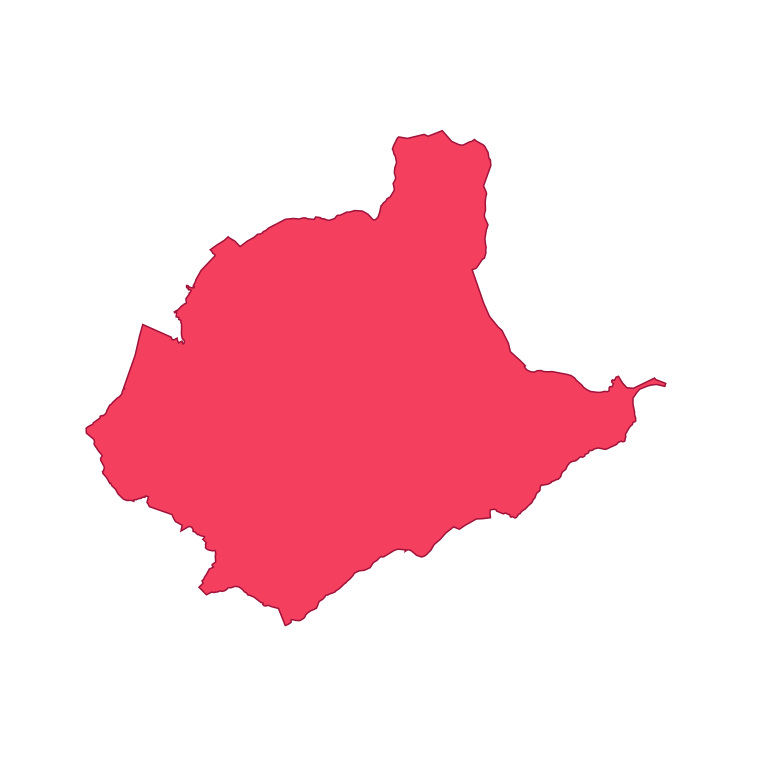 Targu Ocna, Bacau, Romania (Natural Earth projection), rotated 200°
{"feature_id": "2599482B20348732028695", "entity_name": "Targu Ocna", "entity_type": "district", "adm_level": 2, "iso_a3": "ROU", "parent_name": "Romania", "parent_adm1": "Bacau", "projection": "natural_earth1", "projection_center": [26.604, 46.281], "detail": "fine", "context": "isolated", "style": "filled", "palette": "rose", "viewbox_px": 768, "rotation_deg": 200, "n_neighbors": 0, "source": "geoboundaries", "source_scale": "gbopen_adm2", "svg_char_len": 6171}
<svg xmlns="http://www.w3.org/2000/svg" viewBox="0 0 768 768"><g transform="rotate(200 384 384)"><path d="M455.6,619.5L456.5,611.2L456.4,607.5L454.8,605.9L453.4,603.6L451.3,601.9L448.2,596.9L447.9,595.8L447.8,590.9L447.0,587.7L446.3,585.6L443.9,582.4L443.3,580.4L444.0,575.5L441.2,571.1L440.7,569.2L442.2,561.7L444.4,559.4L445.0,556.2L446.4,554.2L447.0,551.8L447.7,550.7L446.8,543.6L446.7,539.3L447.2,537.5L448.5,535.2L449.7,534.7L450.9,534.9L457.2,538.1L463.5,539.1L470.8,537.0L475.4,533.7L477.9,532.7L482.8,527.7L485.1,526.8L486.0,525.8L486.9,522.7L491.2,519.2L493.6,518.6L497.2,518.7L498.9,518.0L500.8,518.6L505.3,517.6L505.9,514.8L512.6,513.0L514.4,513.3L517.2,512.2L520.1,510.0L525.7,508.6L532.9,505.1L545.7,491.2L547.6,487.8L549.6,485.9L549.8,484.7L551.3,482.8L554.0,481.5L556.1,477.6L561.5,471.3L566.2,463.9L573.1,467.3L579.3,468.4L580.8,469.0L583.3,464.2L588.3,457.9L593.2,450.7L591.2,449.8L589.6,448.3L587.4,447.7L586.6,446.8L594.7,428.2L596.4,417.8L596.3,415.0L596.8,411.1L596.8,410.7L595.5,410.6L595.4,410.0L595.9,409.1L598.7,408.5L600.4,408.6L601.9,409.4L603.2,409.0L602.5,407.2L601.7,406.9L600.7,407.2L600.2,405.8L599.7,405.6L598.5,406.3L597.1,405.7L597.4,403.9L598.2,402.7L597.9,401.6L599.3,396.3L597.6,392.9L597.6,392.0L599.1,390.8L599.7,389.5L600.7,388.5L603.1,382.7L603.6,382.6L605.7,380.1L605.2,379.4L603.5,380.7L602.3,376.0L599.5,376.4L599.0,374.4L596.7,374.4L596.0,372.5L594.6,370.8L591.3,361.3L589.1,357.7L587.1,356.9L585.9,355.4L585.9,353.7L586.7,352.9L588.5,355.2L591.1,352.4L592.9,354.2L594.1,356.3L596.7,353.5L598.1,353.2L600.0,355.2L631.0,357.4L630.1,345.1L627.7,326.2L627.3,291.4L626.5,291.3L626.1,290.6L627.3,289.9L627.3,286.7L626.9,285.5L628.1,281.7L629.6,280.0L632.4,274.5L633.6,271.3L634.5,270.4L635.3,264.5L635.2,261.8L635.7,260.3L637.2,258.1L638.4,257.8L639.7,256.6L639.3,254.8L643.8,248.2L644.0,246.2L646.1,244.4L648.4,241.3L648.7,240.3L646.9,236.1L637.7,232.7L636.3,230.8L636.2,229.2L635.5,227.9L629.1,223.2L625.0,220.9L624.3,219.8L624.9,217.2L624.1,215.4L618.8,210.7L618.2,209.6L617.9,206.9L618.6,205.5L617.8,204.7L617.7,203.9L612.6,201.1L607.6,196.8L606.8,197.2L605.1,195.4L600.4,193.3L596.2,189.7L589.5,186.7L585.9,186.6L581.9,188.1L578.9,188.2L579.3,189.7L577.1,190.6L575.4,192.3L572.8,193.7L572.5,194.9L569.9,195.8L569.9,197.2L566.8,197.5L566.2,191.5L565.3,191.2L562.5,188.5L538.5,188.8L536.2,186.2L532.9,183.4L525.4,182.2L524.5,176.4L518.6,183.4L515.7,183.7L513.4,181.7L513.3,180.5L512.8,180.1L511.4,180.4L507.5,178.7L506.9,179.2L505.0,178.7L500.5,179.2L500.4,177.6L501.2,176.1L496.7,174.1L497.0,172.3L496.2,171.3L495.9,169.3L495.5,168.9L493.3,168.1L491.7,168.0L487.9,168.6L486.0,169.7L485.0,168.9L484.5,167.3L483.9,166.9L483.8,164.9L481.3,159.1L483.7,155.7L483.6,154.9L481.7,153.5L484.9,150.4L485.6,145.2L486.7,140.4L486.5,139.2L487.7,136.9L485.9,134.8L488.4,129.8L478.8,125.2L474.9,129.4L472.9,129.8L468.8,132.0L467.3,133.5L465.2,133.8L463.4,134.9L461.6,137.0L461.0,138.8L460.1,139.5L458.1,140.2L454.6,143.0L450.8,143.7L446.4,142.4L444.2,141.0L441.7,140.6L439.8,139.2L437.4,139.5L433.0,139.2L424.9,136.6L423.0,136.8L422.6,136.5L422.7,135.6L421.0,134.6L419.0,135.0L417.3,136.4L413.3,136.3L406.4,137.0L394.2,123.3L391.9,125.3L389.8,128.2L390.5,130.5L390.1,131.1L385.9,131.7L382.2,132.8L379.5,136.0L378.7,137.8L378.6,140.3L377.2,143.1L375.1,146.1L372.3,148.5L371.9,149.5L370.9,149.9L370.7,150.5L370.6,156.9L370.3,157.8L368.0,160.7L366.7,163.8L366.4,165.8L364.6,166.5L364.0,167.5L360.4,170.4L358.6,172.3L358.5,173.1L355.8,176.7L352.5,183.5L352.0,183.8L351.1,186.1L349.1,189.7L347.7,193.2L347.3,195.4L346.2,197.2L343.3,200.0L338.6,202.3L334.2,206.7L332.9,212.5L330.0,216.3L328.8,219.4L327.3,221.0L325.9,221.0L325.0,221.7L317.5,231.1L315.1,233.1L313.2,233.9L307.0,235.5L306.9,234.0L305.2,236.2L303.3,236.8L301.0,236.5L294.9,234.2L289.8,234.2L287.6,235.7L285.9,237.8L283.0,244.3L282.0,250.2L278.0,257.3L275.0,265.0L269.8,273.5L263.5,273.3L259.8,278.5L251.1,288.7L245.2,291.2L238.2,294.8L240.3,299.1L241.1,302.0L237.7,304.0L235.2,304.0L234.7,303.1L227.4,302.8L225.8,304.3L222.7,303.9L221.4,304.4L219.9,302.5L218.9,302.4L218.1,303.3L215.0,302.9L213.9,304.2L212.8,307.9L211.6,309.0L211.5,310.2L210.5,312.2L208.4,315.0L206.7,319.1L204.5,323.0L204.1,326.6L203.3,328.3L203.2,333.5L202.4,334.7L202.1,335.7L201.5,336.1L201.2,337.3L201.2,338.3L201.9,340.0L201.7,342.8L200.1,343.3L195.4,346.1L193.1,348.7L193.2,349.3L190.1,352.2L189.5,353.1L187.7,354.0L186.2,357.5L186.5,359.8L186.2,362.4L184.0,366.0L183.7,370.6L183.1,371.3L182.8,373.0L181.0,375.3L177.5,377.5L177.5,378.2L176.5,378.9L175.0,382.1L173.6,383.1L172.4,383.0L171.3,384.3L170.8,384.8L170.9,386.5L168.4,389.1L168.2,390.4L168.5,391.0L168.0,391.9L166.2,392.4L164.8,393.8L164.5,394.7L160.8,397.2L154.4,398.1L152.6,399.0L144.7,406.9L144.4,408.2L143.2,410.0L141.4,411.4L139.8,411.4L138.5,412.2L138.2,413.1L138.8,415.9L138.6,416.8L139.7,418.8L139.8,420.7L139.4,421.5L139.4,422.7L138.2,428.3L136.8,430.6L136.8,433.1L135.2,434.6L134.8,435.3L136.0,438.2L138.1,441.0L139.0,443.4L143.1,450.2L145.2,455.9L143.3,463.1L141.9,466.6L135.3,472.5L132.4,474.5L127.7,476.8L119.3,477.8L119.5,480.9L130.1,481.1L131.8,482.1L148.0,465.4L154.5,463.5L160.3,466.6L166.3,471.4L168.2,469.9L168.7,466.2L170.6,466.1L171.1,465.1L170.9,464.1L170.1,463.3L168.4,462.7L168.9,459.2L170.7,458.9L171.2,457.6L170.1,454.6L171.6,453.1L174.3,452.5L177.1,450.5L180.4,449.2L187.4,447.6L191.3,448.0L195.3,449.1L197.8,450.7L204.5,453.3L207.0,454.9L211.2,455.9L215.4,455.6L230.2,453.2L234.8,451.3L238.9,450.2L240.7,450.5L244.6,448.9L246.7,446.7L250.1,445.7L254.0,446.0L255.2,446.4L258.0,448.2L257.4,449.5L263.8,452.5L276.3,457.6L281.1,464.9L291.5,474.7L296.1,476.5L307.9,483.5L318.0,494.1L340.3,521.6L337.2,524.0L336.4,526.0L334.2,534.8L332.7,536.6L333.1,542.3L334.2,544.6L334.8,547.5L336.2,549.6L338.9,555.1L340.5,563.7L340.7,569.1L346.5,575.1L347.7,577.7L348.1,582.1L351.1,589.7L352.4,594.7L352.6,597.7L353.4,599.1L358.2,604.2L358.3,625.8L360.8,631.2L362.7,632.1L365.3,637.1L367.8,639.3L370.7,641.8L372.4,642.6L379.8,643.8L382.8,644.7L384.1,642.4L386.7,640.5L391.7,635.3L395.3,634.5L403.3,635.1L415.9,642.0L427.3,631.9L431.6,632.3L446.0,622.8L454.7,621.2L455.6,619.5Z" fill="#f43f5e" stroke="#9f1239" stroke-width="1.5"/></g></svg>